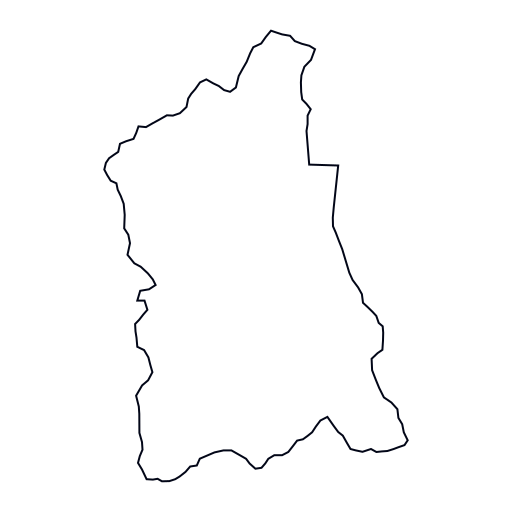 Rio do Sul, Santa Catarina, Brazil
{"feature_id": "56859067B1787639962812", "entity_name": "Rio do Sul", "entity_type": "district", "adm_level": 2, "iso_a3": "BRA", "parent_name": "Brazil", "parent_adm1": "Santa Catarina", "projection": "equal_earth", "projection_center": [-49.63, -27.185], "detail": "fine", "context": "isolated", "style": "outline", "palette": "ink", "viewbox_px": 512, "rotation_deg": 0, "n_neighbors": 0, "source": "geoboundaries", "source_scale": "gbopen_adm2", "svg_char_len": 2196}
<svg xmlns="http://www.w3.org/2000/svg" viewBox="0 0 512 512"><path d="M162.0,481.3L169.4,481.1L175.2,479.2L179.5,476.6L185.5,471.9L190.2,466.5L196.8,465.5L199.8,458.7L214.5,452.4L223.5,450.4L231.4,450.4L240.2,455.4L246.1,458.8L249.6,463.5L255.4,468.7L261.5,467.8L265.3,463.4L268.3,458.8L274.3,455.2L282.1,455.2L288.3,452.0L293.0,446.0L297.1,440.6L302.9,439.3L307.6,435.9L312.1,432.3L315.9,426.5L320.4,420.5L327.4,416.9L333.7,425.9L338.2,432.0L342.8,435.6L346.8,442.7L350.5,449.0L355.8,450.4L362.5,451.8L371.0,449.0L376.4,452.0L381.9,451.4L387.4,451.0L393.7,449.0L398.2,447.3L404.5,445.1L407.7,440.3L403.8,432.3L402.2,424.2L398.4,417.9L397.4,409.2L391.4,402.5L383.9,397.4L379.2,388.0L375.9,380.0L372.1,370.2L371.6,358.8L377.6,353.1L382.4,349.8L383.0,340.7L383.2,332.7L382.7,326.3L378.7,322.9L376.3,315.9L372.6,311.9L368.1,307.5L363.0,302.8L361.9,294.2L358.1,287.4L352.6,280.0L349.3,272.7L342.2,249.1L339.0,241.1L335.8,232.7L333.0,226.3L332.8,217.6L333.8,206.8L338.2,165.5L309.2,164.6L306.5,131.0L307.6,124.1L307.6,115.6L310.7,109.2L306.5,103.9L302.2,99.5L301.2,92.1L300.9,82.4L301.4,75.3L304.4,66.7L311.0,59.9L315.0,49.2L309.4,45.8L301.9,43.8L294.8,41.1L290.1,35.8L282.1,34.4L276.0,32.4L271.0,30.7L265.8,37.0L261.2,43.5L253.3,47.2L250.2,53.2L246.7,61.8L242.6,68.9L238.7,76.0L235.9,87.5L230.1,91.8L224.1,90.1L218.8,86.0L213.3,83.4L206.3,79.4L200.0,82.4L195.2,89.2L191.2,93.8L188.2,98.5L186.5,107.0L179.9,113.2L172.9,115.6L166.9,115.3L159.4,119.6L152.6,123.3L146.0,127.1L138.5,126.4L136.2,133.0L133.5,138.9L126.2,141.2L120.0,143.8L118.2,151.9L113.9,154.8L109.1,158.2L105.9,162.9L104.3,169.6L107.2,175.1L110.7,180.7L116.4,183.3L117.7,189.7L120.8,196.1L123.7,203.8L124.7,214.9L124.2,228.4L128.3,234.7L130.0,243.2L127.5,254.8L134.3,263.3L140.8,266.8L147.9,273.4L152.8,279.4L155.6,285.0L149.0,289.3L140.2,290.8L137.3,300.6L144.5,300.6L147.4,309.8L143.3,314.5L139.1,319.9L135.1,324.0L135.5,331.4L136.5,337.7L137.3,346.8L144.1,350.1L148.4,357.4L150.3,364.9L152.4,372.2L148.1,380.3L142.1,385.4L136.1,395.7L138.8,406.5L139.3,413.9L139.4,432.9L142.0,442.1L142.5,449.7L139.8,456.1L138.0,462.9L142.0,469.5L146.6,479.2L152.9,479.6L157.6,478.8L162.0,481.3Z" fill="none" stroke="#020617" stroke-width="2"/></svg>